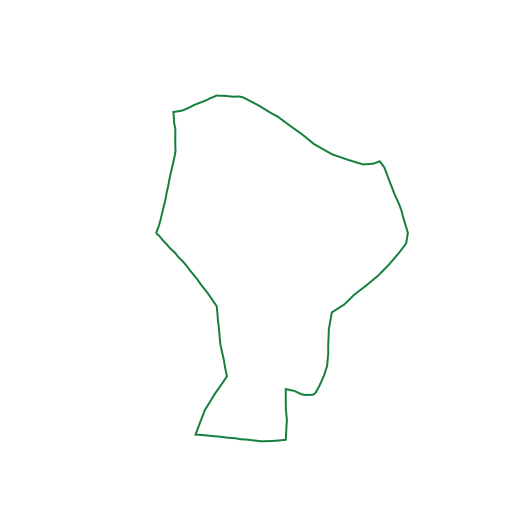 Al-Basrah, Al-Basrah, Iraq (Albers equal-area conic projection), rotated 53°
{"feature_id": "34846034B27642135170661", "entity_name": "Al-Basrah", "entity_type": "district", "adm_level": 2, "iso_a3": "IRQ", "parent_name": "Iraq", "parent_adm1": "Al-Basrah", "projection": "albers", "projection_center": [47.628, 30.554], "detail": "fine", "context": "isolated", "style": "outline", "palette": "green", "viewbox_px": 512, "rotation_deg": 53, "n_neighbors": 0, "source": "geoboundaries", "source_scale": "gbopen_adm2", "svg_char_len": 1719}
<svg xmlns="http://www.w3.org/2000/svg" viewBox="0 0 512 512"><g transform="rotate(53 256 256)"><path d="M401.0,294.2L401.2,291.0L397.9,283.6L395.1,278.5L392.2,273.3L386.6,265.4L377.5,257.1L370.7,252.0L364.5,246.9L358.2,241.8L346.7,229.4L347.8,214.4L346.0,200.6L345.9,186.0L345.2,170.6L343.0,155.6L339.6,140.1L336.3,128.5L328.9,120.8L311.6,114.4L307.9,112.7L300.5,110.5L289.4,108.0L281.7,105.8L276.3,104.3L274.3,103.7L262.5,100.2L254.8,100.2L252.9,106.7L247.4,115.3L234.5,124.7L220.5,134.1L201.6,142.3L186.1,146.1L181.1,147.7L174.0,150.0L158.1,154.7L151.1,157.9L137.6,163.2L127.4,168.0L121.4,171.0L118.2,173.7L115.3,178.1L112.0,181.7L109.2,184.6L106.5,188.2L103.9,191.2L103.7,193.4L102.4,197.5L101.8,201.6L99.9,208.3L98.2,214.4L97.1,220.9L95.5,227.2L91.3,235.4L96.1,238.3L100.6,241.4L105.8,243.8L112.5,248.9L115.3,251.1L118.5,253.5L123.5,256.9L127.4,261.0L132.2,266.6L137.1,272.6L143.0,279.4L147.3,284.0L151.7,289.3L156.7,294.6L161.0,300.0L165.8,305.8L170.0,310.8L174.1,316.4L177.2,321.5L179.1,321.9L181.0,321.2L187.0,321.0L193.2,320.3L195.8,320.1L198.2,320.0L204.1,318.8L210.5,318.6L217.2,317.6L222.6,317.4L228.2,317.4L238.4,316.9L246.3,317.2L256.1,316.9L263.8,317.2L272.5,317.6L279.2,321.7L284.4,325.1L290.4,328.5L298.1,333.3L304.6,337.4L312.5,341.0L320.0,344.4L326.4,347.8L334.6,351.6L338.5,362.9L341.0,371.0L345.2,381.5L348.1,389.3L351.5,394.7L356.0,402.0L362.3,411.8L363.5,410.3L368.1,405.0L373.8,398.9L378.5,393.6L383.7,388.4L387.7,383.8L389.3,382.0L392.9,378.8L397.2,373.7L402.1,368.6L407.0,363.5L411.7,357.0L415.7,351.0L420.7,342.8L412.2,335.7L405.5,330.0L396.6,324.5L388.6,318.7L380.2,312.3L381.2,311.5L386.9,306.5L393.8,302.9L396.3,300.7L401.0,294.2Z" fill="none" stroke="#15803d" stroke-width="2"/></g></svg>